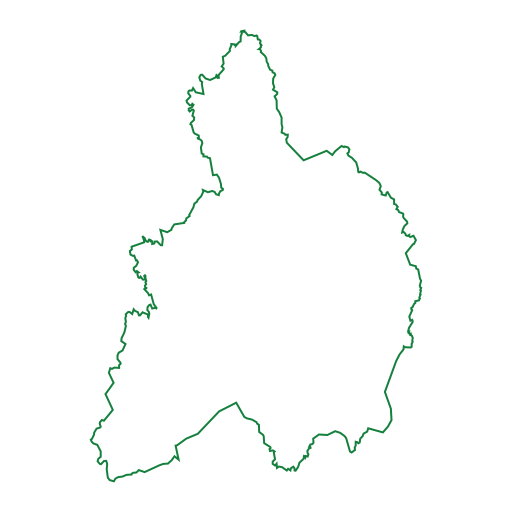 Carácuaro, Michoacán, Mexico (Equal Earth projection)
{"feature_id": "50627088B80711859528483", "entity_name": "Carácuaro", "entity_type": "district", "adm_level": 2, "iso_a3": "MEX", "parent_name": "Mexico", "parent_adm1": "Michoacán", "projection": "equal_earth", "projection_center": [-101.063, 19.0], "detail": "fine", "context": "isolated", "style": "outline", "palette": "green", "viewbox_px": 512, "rotation_deg": 0, "n_neighbors": 0, "source": "geoboundaries", "source_scale": "gbopen_adm2", "svg_char_len": 6035}
<svg xmlns="http://www.w3.org/2000/svg" viewBox="0 0 512 512"><path d="M391.5,420.1L390.9,408.8L384.9,391.9L396.2,361.0L399.6,354.4L403.5,349.4L403.8,346.4L405.0,347.2L410.8,347.5L411.7,346.7L411.6,343.9L412.7,341.7L412.2,340.7L412.8,338.1L411.9,335.7L410.9,335.3L410.8,334.0L410.0,334.5L409.6,333.2L408.8,333.2L409.2,331.4L408.1,331.5L409.0,327.8L412.6,322.1L412.7,321.2L412.2,319.9L410.4,320.7L409.3,316.6L412.2,310.1L411.3,309.3L411.3,307.9L412.6,307.1L414.1,303.9L415.3,303.0L415.3,301.2L418.9,300.4L419.9,298.5L419.3,297.8L420.5,294.6L420.1,294.4L420.9,290.5L420.3,290.0L421.2,287.9L420.3,287.4L419.8,285.6L421.1,280.7L420.0,278.7L418.2,269.5L416.3,268.6L415.8,266.2L410.2,264.7L405.8,253.2L413.0,244.2L414.0,243.9L415.9,240.1L413.5,235.8L410.3,237.0L408.9,236.1L409.1,235.0L407.5,235.9L405.8,235.3L405.4,233.7L403.5,231.9L402.2,232.5L402.8,229.4L404.5,225.9L407.3,223.4L407.1,221.6L403.7,218.0L403.1,216.8L403.3,214.0L402.9,213.5L399.1,212.1L398.1,210.0L396.4,209.1L397.7,206.8L395.8,204.5L394.1,203.9L394.1,199.4L390.9,197.7L387.6,192.1L386.7,192.5L385.7,195.5L381.6,194.4L381.8,192.5L379.5,189.7L380.8,186.1L379.4,183.0L376.0,180.1L364.7,172.6L363.1,172.9L360.4,171.6L359.0,172.4L358.3,172.0L357.9,168.4L356.2,162.4L351.9,157.8L348.4,155.6L347.4,153.3L348.7,152.4L349.4,149.3L347.9,147.3L344.4,146.5L343.9,147.1L341.5,146.0L335.1,151.3L332.3,155.0L326.7,150.8L303.6,160.3L286.8,142.7L286.2,139.2L287.6,137.1L287.8,134.7L285.3,134.8L284.7,133.8L281.6,132.5L282.4,127.3L281.6,124.1L281.6,117.6L279.2,112.1L276.8,108.7L276.6,100.4L274.6,96.3L277.1,94.1L277.3,92.3L273.0,89.7L274.3,87.3L273.0,83.3L273.2,78.5L275.3,74.9L274.5,73.2L272.6,72.3L272.3,70.6L270.1,69.7L268.2,65.7L268.2,64.2L266.7,61.7L266.3,58.2L264.8,55.7L260.8,52.1L261.0,51.0L260.1,49.2L258.9,49.1L260.9,47.4L260.8,45.4L261.4,45.1L260.0,43.3L260.6,41.1L259.4,39.6L257.8,39.4L257.2,36.0L256.6,35.5L254.5,36.1L251.8,34.9L248.1,35.4L245.1,31.9L244.1,31.8L244.3,30.7L241.3,31.2L241.0,31.7L241.8,31.7L241.9,33.2L240.7,36.5L240.6,41.4L239.1,42.1L235.8,45.9L235.8,44.6L234.7,45.0L234.2,44.3L231.3,44.0L231.4,45.3L229.7,49.3L229.9,51.0L225.1,55.8L222.8,56.8L223.6,63.6L221.7,66.4L223.7,68.4L223.7,69.3L218.6,75.0L218.8,77.8L217.7,77.9L217.4,75.8L216.5,75.1L215.7,77.4L210.1,80.0L205.6,78.5L202.2,74.7L200.6,74.9L199.3,77.3L200.3,80.6L202.2,82.1L201.8,83.9L203.5,94.0L195.8,92.3L193.1,88.1L191.9,90.6L189.5,90.5L188.5,91.2L188.2,93.3L190.4,96.0L190.3,96.7L186.5,100.6L187.0,102.4L189.7,105.2L191.6,105.2L192.3,103.8L193.5,104.8L191.9,107.3L188.8,108.6L188.7,110.3L189.7,111.5L191.8,109.8L193.1,109.6L193.8,110.6L192.4,115.8L194.2,117.5L193.9,120.1L190.9,122.9L190.4,124.2L191.5,124.8L193.7,132.5L194.7,133.6L198.7,135.5L198.9,137.4L197.7,138.0L197.8,138.5L200.7,139.8L201.9,141.2L202.3,143.2L200.9,147.4L201.7,153.5L203.5,154.3L203.4,156.4L206.9,156.6L207.8,157.7L210.0,158.2L213.0,175.2L216.8,174.6L219.0,177.7L220.9,183.9L221.3,187.7L223.0,189.0L222.7,190.1L220.3,191.2L219.0,193.6L218.8,195.1L216.1,194.3L214.6,191.9L212.2,191.0L207.9,192.2L202.9,190.0L203.3,191.7L201.2,196.2L197.8,199.8L197.0,201.7L194.4,203.6L193.4,207.3L189.2,215.0L189.6,216.0L186.3,218.4L186.0,220.5L184.4,221.8L184.3,222.9L174.3,224.4L171.8,228.1L171.4,229.8L167.2,232.2L160.4,229.9L162.8,239.2L162.1,245.2L160.7,245.2L157.1,241.4L154.8,241.6L154.3,243.5L152.2,244.0L152.3,241.4L150.8,241.5L150.2,240.7L150.7,240.2L149.7,239.6L148.9,239.6L148.1,241.7L147.3,241.8L145.7,240.7L144.6,238.1L142.4,236.1L144.0,240.1L144.2,242.3L131.6,246.7L131.8,249.5L129.9,251.0L130.5,254.6L133.0,255.9L134.2,255.6L136.1,260.5L136.9,260.3L138.0,262.2L136.2,265.9L133.8,267.7L133.7,269.8L135.6,272.2L136.9,271.1L138.6,272.4L137.7,272.7L137.3,273.9L138.3,277.4L139.0,277.9L139.7,277.9L140.6,276.6L142.9,279.6L144.8,279.6L145.2,278.5L144.2,276.0L145.0,275.3L145.4,275.7L145.4,278.0L146.3,281.0L145.4,282.3L146.2,284.1L145.0,285.6L145.2,287.4L147.1,288.3L145.5,288.2L144.3,289.1L148.1,293.2L149.1,295.3L151.1,294.5L153.8,304.3L156.5,307.9L156.3,308.4L155.2,307.9L152.2,308.5L150.5,304.6L149.3,305.0L147.6,307.0L147.3,310.0L148.9,312.0L149.3,313.7L148.5,317.7L148.0,317.0L148.1,314.6L142.5,312.3L140.1,315.3L139.0,315.4L137.9,312.2L134.9,310.8L133.7,309.3L132.2,314.0L129.8,312.1L128.3,311.9L125.7,314.3L126.1,315.9L125.3,318.2L125.9,321.9L125.1,323.9L125.9,325.9L124.3,332.6L121.6,338.1L121.3,341.1L125.5,344.0L122.5,350.5L118.7,352.7L117.5,355.5L117.5,359.1L120.5,362.7L120.6,363.8L119.1,365.1L119.1,367.9L114.3,367.6L112.0,368.9L110.3,368.2L108.9,372.9L113.6,382.8L105.5,394.1L112.8,409.9L103.9,420.7L102.0,420.0L100.2,421.8L99.7,423.6L100.7,426.7L100.0,427.6L96.6,428.6L94.2,432.6L94.0,434.7L92.0,438.8L90.8,439.7L91.7,441.7L93.5,443.5L97.3,444.8L100.7,451.4L100.7,456.8L98.3,458.8L97.6,461.2L99.7,463.8L101.0,464.2L104.0,461.0L106.2,460.9L107.2,463.9L106.7,469.1L107.8,477.6L109.7,480.1L113.9,481.3L115.3,478.7L118.2,477.1L122.4,476.6L126.4,474.9L131.6,474.5L131.7,473.8L133.1,472.8L136.4,472.5L138.8,470.1L144.6,472.1L159.4,465.3L163.3,463.9L167.9,463.6L171.7,460.2L174.5,456.3L178.6,459.6L175.6,445.6L177.1,445.3L186.3,438.6L197.8,433.8L219.1,411.4L236.2,402.7L244.3,416.9L247.0,418.4L252.1,419.6L256.5,422.2L257.2,423.7L258.9,424.8L259.2,432.0L263.0,434.8L263.7,436.2L264.2,443.2L270.3,447.0L270.6,448.0L269.5,449.1L270.0,451.0L272.8,450.4L274.6,451.5L273.8,452.4L275.0,459.3L272.7,461.6L272.7,463.9L275.0,465.5L276.6,463.7L277.0,467.9L278.8,466.6L282.0,467.1L286.8,470.5L288.1,468.8L290.4,470.4L290.9,468.3L293.3,466.7L294.4,468.1L294.6,470.5L295.6,470.7L298.1,467.0L299.5,462.6L303.6,458.8L304.0,455.9L304.9,456.1L305.4,457.4L306.0,456.0L307.7,456.5L308.4,454.2L307.6,453.1L307.4,450.8L309.3,448.2L310.5,447.9L310.4,447.1L309.2,446.8L310.4,444.5L312.3,444.1L313.5,442.7L313.2,438.6L319.0,434.5L327.4,435.0L335.2,431.2L340.1,432.8L344.4,435.9L346.1,438.0L350.0,451.5L351.6,452.5L355.0,450.0L354.7,447.6L355.7,445.5L355.7,441.8L357.3,442.2L358.3,443.3L359.7,442.5L360.2,438.8L362.7,436.0L363.6,433.6L367.2,431.6L368.2,428.3L382.9,432.4L388.0,426.5L391.5,420.1Z" fill="none" stroke="#15803d" stroke-width="2"/></svg>